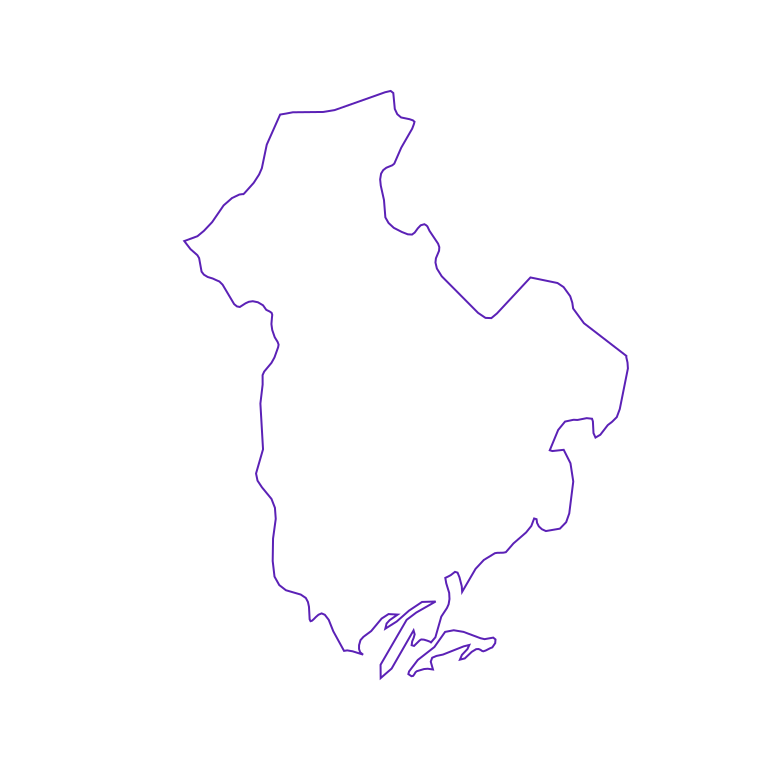 outline of Uppsala, rotated 107°
{"feature_id": "SWE-195", "entity_name": "Uppsala", "entity_type": "County", "adm_level": 1, "iso_a3": "SWE", "parent_name": "Sweden", "parent_adm1": "", "projection": "equal_earth", "projection_center": [17.867, 60.017], "detail": "fine", "context": "isolated", "style": "outline", "palette": "violet", "viewbox_px": 768, "rotation_deg": 107, "n_neighbors": 0, "source": "natural_earth", "source_scale": "10m", "svg_char_len": 3371}
<svg xmlns="http://www.w3.org/2000/svg" viewBox="0 0 768 768"><g transform="rotate(107 384 384)"><path d="M286.3,160.4L287.4,160.2L292.3,157.4L297.8,155.3L339.0,151.2L347.6,151.7L353.4,154.8L357.9,158.0L369.3,162.3L373.4,166.1L369.7,169.3L358.7,173.3L356.4,174.9L357.4,180.2L361.8,188.4L362.8,192.3L367.0,199.9L377.0,204.0L398.9,206.1L398.9,203.4L394.4,192.9L405.3,182.5L421.9,174.5L453.6,169.0L462.9,169.4L470.9,173.5L477.3,186.2L476.7,190.6L474.9,194.3L472.1,197.0L468.7,198.6L468.7,201.1L476.7,201.6L484.4,204.7L498.6,213.6L509.2,218.3L510.4,220.5L512.4,226.5L513.4,228.5L523.1,237.1L534.0,242.4L559.9,248.5L554.7,250.5L546.8,255.3L542.9,258.5L542.9,261.2L547.3,264.3L549.3,266.3L551.5,268.7L556.4,266.2L564.7,260.6L570.5,258.5L575.8,257.8L579.8,258.3L589.7,261.2L611.2,260.8L617.4,263.5L617.0,264.6L616.8,267.6L616.8,271.1L617.4,273.7L618.7,274.9L625.7,278.7L625.7,281.2L621.9,281.8L618.1,281.4L614.4,281.5L611.0,283.7L653.9,293.5L666.2,301.2L653.5,305.2L602.9,293.4L593.1,286.3L576.9,271.0L581.3,283.9L593.4,293.8L607.4,302.4L617.6,311.2L612.3,311.5L608.1,309.5L600.5,303.5L602.7,312.4L609.0,317.7L624.0,324.0L631.7,329.7L635.8,331.6L641.0,331.5L644.7,330.4L647.5,328.4L648.7,325.5L648.9,324.8L648.8,335.9L649.5,341.3L650.9,344.2L635.3,360.2L625.7,367.9L622.0,373.1L621.6,376.6L623.8,379.2L626.7,381.0L629.4,382.4L631.5,383.7L632.3,384.9L630.8,386.3L619.0,390.6L614.7,393.0L611.5,396.2L609.7,402.0L609.9,417.5L606.9,425.4L600.2,432.4L585.8,438.7L564.3,444.9L544.6,448.1L534.3,452.1L526.8,458.0L518.5,470.5L513.4,476.7L507.0,480.2L481.8,480.6L438.8,496.5L420.0,499.9L411.0,502.7L407.1,502.2L396.7,497.8L390.6,496.5L379.8,496.0L377.2,496.3L374.9,498.0L371.2,502.2L365.0,506.7L359.6,509.2L353.1,510.6L350.5,511.1L348.8,512.3L348.1,514.5L347.5,518.3L344.1,522.7L342.7,528.5L343.2,533.7L344.9,537.3L347.3,540.0L352.5,544.4L352.8,547.3L351.4,550.7L336.2,567.4L334.1,571.4L333.8,574.2L333.8,574.3L333.2,578.6L333.2,583.9L332.1,588.2L329.9,591.3L317.7,597.6L315.4,600.1L311.6,608.5L305.7,616.8L297.2,605.6L290.2,601.0L279.5,595.7L260.1,589.6L250.6,583.7L245.1,577.7L243.9,575.1L243.5,573.9L242.0,573.1L229.7,567.4L220.2,564.7L213.4,563.9L189.4,566.1L156.7,562.1L153.9,556.5L150.8,550.6L141.6,521.6L136.5,511.3L104.7,468.3L101.8,463.3L103.0,460.2L117.8,454.1L122.1,450.2L124.1,445.6L123.3,437.0L123.4,433.5L124.3,431.5L126.8,431.4L131.6,431.7L152.9,436.6L170.3,438.6L172.4,440.0L176.5,445.0L179.7,447.3L183.7,448.3L189.5,447.5L195.2,445.1L208.1,437.8L224.3,431.4L228.7,426.7L231.8,420.3L233.4,411.4L233.9,405.0L232.9,400.9L230.2,398.9L225.3,397.2L221.5,395.3L219.4,392.1L219.9,390.0L220.6,388.6L224.3,385.2L234.0,373.3L237.0,371.1L240.5,370.3L248.6,371.1L252.8,370.3L258.1,367.2L264.1,360.3L288.5,314.8L291.1,306.3L289.6,300.6L283.5,296.6L239.3,275.1L236.7,247.6L238.8,240.6L245.6,231.6L251.2,227.7L256.5,225.2L267.4,210.6L286.3,160.4ZM649.1,268.7L650.5,269.6L652.6,270.1L654.6,270.8L655.4,272.3L654.3,275.9L651.6,276.0L638.0,271.0L620.8,258.9L603.2,253.1L599.1,245.3L597.8,235.5L598.9,217.4L598.6,213.2L594.6,205.4L595.7,202.7L599.3,201.9L604.2,203.4L605.7,205.3L609.2,208.9L610.6,210.9L610.6,212.2L610.0,214.0L609.8,216.1L610.6,218.3L614.5,221.8L622.8,226.5L625.4,230.8L620.3,230.3L613.1,226.7L608.6,226.1L611.6,231.1L625.5,248.5L628.7,254.3L631.7,257.9L635.9,258.1L642.7,253.7L643.5,258.9L644.9,262.4L649.1,268.7Z" fill="none" stroke="#5b21b6" stroke-width="2"/></g></svg>